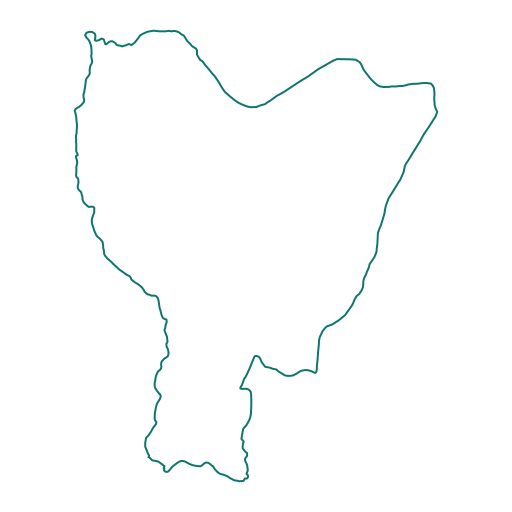 the district of Ocamonte, Santander, Colombia
{"feature_id": "7082276B93797030728524", "entity_name": "Ocamonte", "entity_type": "district", "adm_level": 2, "iso_a3": "COL", "parent_name": "Colombia", "parent_adm1": "Santander", "projection": "mercator", "projection_center": [-73.133, 6.346], "detail": "fine", "context": "isolated", "style": "outline", "palette": "teal", "viewbox_px": 512, "rotation_deg": 0, "n_neighbors": 0, "source": "geoboundaries", "source_scale": "gbopen_adm2", "svg_char_len": 5894}
<svg xmlns="http://www.w3.org/2000/svg" viewBox="0 0 512 512"><path d="M437.2,111.8L435.7,108.6L434.7,105.5L434.2,98.2L434.5,95.0L434.3,91.6L433.9,87.9L432.6,85.4L430.9,83.6L426.9,83.0L422.3,83.1L417.1,83.8L413.6,83.8L408.9,84.4L405.7,85.3L402.3,86.0L399.1,86.1L395.5,86.5L391.7,86.4L388.9,86.9L383.7,87.0L379.9,86.4L377.1,85.0L372.9,81.2L370.1,78.2L363.7,69.9L361.1,64.2L359.8,62.3L355.7,59.7L349.7,59.3L337.1,59.1L333.2,60.7L317.9,69.4L307.3,77.0L301.1,80.6L283.5,92.2L276.6,96.0L270.5,100.5L267.1,102.6L265.1,104.1L260.4,105.4L256.3,107.0L251.9,107.2L249.5,107.1L246.1,106.1L242.6,104.7L238.9,103.0L235.5,100.8L230.1,96.5L224.8,91.8L221.8,87.4L218.0,81.0L214.3,75.6L212.7,74.1L208.3,68.6L205.4,65.3L202.4,61.3L200.3,60.0L199.1,58.3L197.0,54.6L197.0,50.4L196.3,48.9L192.0,46.1L189.9,43.5L188.2,42.0L186.7,40.3L184.3,36.2L183.1,35.2L181.1,34.2L179.4,32.6L177.3,31.6L174.8,31.0L173.2,31.0L171.6,31.3L168.5,30.9L165.6,31.3L163.1,31.3L159.4,31.3L153.5,30.7L147.3,31.8L142.8,33.8L140.2,35.3L138.7,37.6L134.7,42.6L132.3,44.5L131.4,45.0L129.9,44.3L128.6,44.1L126.1,45.2L122.1,46.4L120.6,45.7L117.5,45.3L116.4,44.6L115.5,43.1L112.2,41.2L110.8,41.3L109.1,41.9L107.7,43.0L106.4,44.2L105.4,44.2L104.6,42.1L103.9,39.7L103.0,39.0L101.6,38.6L100.6,39.1L98.9,40.2L95.9,40.8L94.9,40.0L95.4,37.1L95.3,35.2L94.8,33.7L92.5,32.1L90.6,31.8L89.0,31.9L86.5,32.8L85.1,35.0L86.5,37.7L87.7,38.8L89.2,40.8L90.2,43.2L91.1,46.0L91.4,48.2L91.6,54.4L91.2,55.4L91.3,56.9L92.1,60.6L92.2,62.0L91.6,63.5L90.8,65.0L90.2,66.4L89.6,70.2L89.8,72.8L89.6,74.0L88.5,75.9L86.3,78.8L85.9,80.1L85.5,83.7L84.8,88.9L84.3,90.8L84.3,92.4L83.6,93.9L83.4,95.8L83.6,97.6L84.2,99.9L84.2,100.8L83.6,102.4L82.9,103.4L80.9,105.4L79.3,106.7L75.9,108.7L75.4,109.3L74.8,110.8L76.1,116.1L77.0,125.6L76.5,133.7L76.0,135.7L75.9,137.1L76.2,139.7L76.0,141.1L76.3,143.9L76.2,150.6L76.3,151.6L76.8,152.6L77.2,153.2L77.7,154.7L77.5,155.3L76.6,155.8L76.1,156.2L75.9,157.2L76.8,159.7L77.2,162.2L77.2,162.9L76.3,167.5L76.4,170.6L76.1,175.7L76.3,176.6L77.1,177.7L77.8,178.3L78.2,179.0L78.3,179.9L78.5,182.5L77.8,185.8L77.8,187.3L78.0,188.6L79.0,190.1L80.5,191.5L81.2,192.3L81.9,195.3L82.4,196.6L82.5,199.2L82.9,200.6L83.6,202.1L84.9,203.7L88.4,206.8L90.0,206.9L91.1,206.6L93.1,206.8L93.9,207.4L94.3,207.9L94.2,212.5L92.5,216.9L91.9,219.2L91.7,220.9L92.3,224.6L93.0,226.3L94.2,230.7L96.2,235.0L97.4,236.6L100.3,239.1L102.2,241.4L102.7,242.5L103.2,246.4L103.2,248.1L103.7,249.7L104.1,252.0L104.1,253.6L104.5,254.6L105.2,256.0L106.3,257.1L107.1,258.3L111.0,261.6L113.2,263.9L119.4,269.6L126.9,274.9L129.2,275.9L130.5,277.3L131.0,278.7L131.8,279.9L135.4,282.7L137.9,284.1L139.9,285.6L142.3,287.8L144.0,290.4L144.5,291.6L146.3,293.5L147.9,294.4L149.0,294.6L151.6,295.7L154.3,295.6L155.6,295.9L157.6,297.6L158.1,298.8L158.6,301.0L159.7,308.4L160.4,310.3L161.6,315.1L162.9,317.9L163.9,318.6L165.3,319.2L166.0,319.3L166.5,319.8L166.7,322.0L165.4,325.9L165.4,327.6L164.6,329.6L164.5,330.6L166.8,336.3L167.3,339.5L167.5,341.9L166.4,343.8L166.4,344.9L166.5,346.0L167.0,347.4L167.8,349.0L168.3,351.1L168.5,352.6L168.5,353.8L168.1,355.6L167.4,356.6L164.0,359.0L162.7,360.3L161.9,361.3L161.3,362.6L161.2,363.6L161.1,364.9L161.4,366.4L161.3,367.3L161.0,368.4L160.1,369.8L158.2,371.3L157.4,372.7L156.0,375.9L155.6,377.6L155.3,380.7L154.7,382.6L154.6,384.3L154.7,386.0L155.0,387.5L155.4,388.4L157.1,391.1L160.3,394.8L160.6,395.6L160.7,396.5L160.4,397.6L159.8,399.1L157.3,403.1L156.6,404.8L155.7,408.6L154.8,413.5L154.7,418.9L154.9,419.9L156.1,421.7L156.3,422.4L156.2,423.6L155.5,424.7L153.0,428.0L151.9,430.0L151.1,431.5L149.0,434.8L146.1,437.8L145.2,443.1L145.2,446.7L147.1,451.3L148.0,453.9L149.1,455.4L148.6,457.1L149.3,457.4L151.9,460.1L153.3,460.6L155.0,460.8L158.4,461.6L164.5,466.2L163.8,467.9L164.0,468.0L164.3,468.5L164.3,469.0L163.9,469.9L164.3,470.7L165.0,471.4L165.9,471.8L167.0,471.9L168.2,471.5L168.9,470.8L172.1,466.9L173.8,465.5L177.7,462.6L179.4,461.6L181.2,461.0L183.0,461.0L184.9,461.5L189.4,463.9L192.6,465.2L196.2,465.9L198.9,466.2L200.3,466.2L201.5,465.7L202.3,465.1L203.9,463.7L204.8,463.1L206.0,462.6L207.1,462.6L208.1,462.8L209.9,463.8L211.8,465.6L212.8,466.1L214.9,469.3L217.1,471.7L219.4,473.5L221.3,474.2L223.2,474.6L227.7,476.4L230.2,478.3L231.5,478.8L233.4,479.9L235.5,480.6L237.0,480.6L239.1,481.3L243.5,480.9L244.8,478.6L246.9,478.5L247.5,477.9L248.1,476.8L247.9,475.6L247.6,474.8L246.6,473.9L246.7,473.0L247.4,471.6L247.8,470.3L247.4,467.2L247.1,465.0L246.4,463.3L245.6,461.8L244.9,459.7L245.3,458.3L247.1,455.9L247.1,453.1L245.1,451.5L242.7,448.3L242.7,446.1L243.1,443.4L243.7,441.9L243.4,441.2L242.6,440.2L241.6,439.3L241.5,438.2L243.1,429.2L243.9,427.9L245.7,426.1L246.9,424.4L248.5,421.6L250.1,418.0L250.9,414.2L251.3,405.5L251.3,399.8L251.1,394.6L250.7,391.8L249.8,390.6L248.6,389.6L247.4,389.0L245.7,388.8L241.2,388.8L240.4,388.4L240.4,387.6L240.8,386.7L241.8,385.3L242.7,383.0L244.2,378.7L245.6,377.0L249.2,369.4L254.4,356.7L255.3,356.0L256.7,356.0L258.3,356.6L259.2,357.2L260.1,358.5L261.8,362.3L265.0,366.6L266.9,367.2L268.9,367.4L273.1,368.9L276.2,369.4L278.4,371.4L284.9,375.4L287.4,375.9L291.1,375.8L293.4,375.3L295.7,374.1L300.9,370.9L304.6,370.1L307.2,370.1L310.7,370.9L312.8,371.9L315.0,372.9L315.7,372.6L316.4,371.6L316.7,370.0L317.0,364.9L317.4,361.6L317.7,357.7L318.1,351.8L318.8,345.2L319.0,340.4L319.8,337.1L321.2,334.1L322.4,331.5L325.1,328.0L327.0,326.3L330.1,325.3L332.6,324.2L338.8,320.3L345.1,315.1L352.0,305.4L353.3,302.8L354.3,300.1L356.3,296.4L359.4,293.8L361.6,290.3L363.0,287.0L363.3,283.6L363.3,281.4L363.8,279.2L364.6,277.0L365.6,275.4L367.0,271.7L368.8,267.6L369.7,264.0L374.4,257.2L376.5,251.9L376.8,247.9L377.4,243.6L377.9,233.0L379.6,228.2L381.1,224.8L384.6,212.9L384.9,210.0L386.1,205.0L388.7,198.1L391.8,193.3L397.9,183.3L400.4,179.5L403.7,171.8L404.8,166.2L406.0,163.7L408.5,160.0L412.4,153.5L420.2,141.0L423.8,134.3L428.7,127.2L435.8,116.0L437.2,111.8Z" fill="none" stroke="#0f766e" stroke-width="2"/></svg>